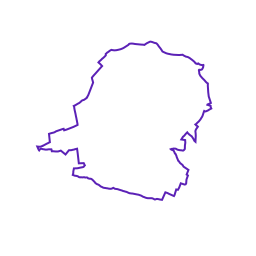 Bala, Mures, Romania, rotated 161°
{"feature_id": "2599482B91392200314652", "entity_name": "Bala", "entity_type": "district", "adm_level": 2, "iso_a3": "ROU", "parent_name": "Romania", "parent_adm1": "Mures", "projection": "albers", "projection_center": [24.501, 46.719], "detail": "fine", "context": "isolated", "style": "outline", "palette": "violet", "viewbox_px": 256, "rotation_deg": 161, "n_neighbors": 0, "source": "geoboundaries", "source_scale": "gbopen_adm2", "svg_char_len": 5716}
<svg xmlns="http://www.w3.org/2000/svg" viewBox="0 0 256 256"><g transform="rotate(161 128 128)"><path d="M99.6,207.1L100.5,206.5L105.4,205.3L107.1,205.0L109.3,204.9L111.6,205.1L113.9,205.4L115.7,205.9L117.3,206.7L118.3,207.3L120.4,206.9L121.3,206.5L122.5,206.2L123.1,206.1L124.5,205.4L124.9,205.3L125.2,204.5L125.3,204.0L125.9,203.6L126.3,203.4L127.3,202.9L128.5,202.4L128.9,202.2L129.7,202.0L130.1,201.8L130.4,201.6L131.7,201.0L133.5,200.3L134.6,199.6L133.4,197.5L132.3,195.0L136.8,192.5L141.4,189.9L142.9,189.1L144.8,188.0L145.8,187.3L146.0,185.6L146.0,185.0L146.1,183.7L146.1,183.2L146.2,182.6L146.2,182.3L154.9,172.0L155.8,171.2L156.2,170.9L156.5,170.6L156.8,170.4L156.7,170.3L156.7,170.2L156.8,170.1L157.0,170.0L158.4,169.5L160.3,169.0L160.8,168.9L161.4,169.0L161.8,169.0L162.0,169.0L162.7,168.9L163.0,168.8L163.6,168.5L164.4,168.1L165.2,167.8L165.8,167.6L166.1,167.5L167.6,167.3L169.9,166.8L170.5,166.7L172.1,166.5L172.0,165.8L172.0,165.5L172.4,163.9L172.4,163.5L172.6,162.4L173.0,158.7L173.2,157.3L173.4,156.0L173.6,154.1L173.8,152.9L174.0,151.2L174.2,150.0L174.4,148.4L174.7,147.3L179.2,146.8L186.6,146.5L189.1,146.6L189.1,148.2L189.7,148.3L193.9,148.3L197.0,148.3L198.8,147.9L200.0,147.9L201.9,148.1L204.6,148.2L206.5,140.0L207.7,139.9L208.0,139.9L208.6,139.7L209.0,139.7L210.0,139.6L213.0,139.1L214.1,138.9L214.1,139.0L214.5,139.0L215.1,138.9L216.1,138.8L216.4,138.8L217.4,139.0L218.3,139.3L219.8,140.0L219.7,138.6L219.6,137.1L219.4,135.9L219.3,135.7L218.4,136.4L217.6,136.7L217.4,136.7L217.0,136.7L216.6,136.5L216.0,136.1L215.4,135.7L214.8,135.4L214.0,135.0L213.3,134.5L212.7,134.3L211.4,133.9L210.5,133.8L209.7,133.6L209.1,133.4L208.1,133.0L207.7,132.9L207.4,132.8L207.4,131.9L207.5,131.5L207.6,130.8L205.9,130.2L204.6,129.6L202.5,128.8L201.9,128.6L199.9,128.5L199.6,128.5L198.9,128.5L195.7,123.3L191.1,126.2L188.8,125.5L187.5,125.4L186.2,125.2L185.1,125.2L182.9,125.0L183.8,120.5L186.0,110.6L181.3,109.2L181.0,106.7L181.6,106.5L182.1,106.0L182.8,105.7L183.6,105.7L184.2,105.8L186.3,106.1L188.3,106.3L189.3,106.5L192.3,107.4L192.4,107.2L193.3,105.7L194.0,104.4L194.4,103.2L195.5,101.6L193.8,100.2L193.4,100.0L193.0,99.8L192.5,99.6L191.2,98.7L190.3,97.5L189.9,97.2L188.9,96.8L188.6,96.8L188.0,96.5L187.3,96.2L187.1,96.1L186.0,95.9L185.2,95.6L184.8,95.2L184.4,95.0L183.9,94.9L183.2,94.7L182.8,94.5L182.5,94.3L182.2,93.5L182.0,93.3L180.7,92.5L179.8,92.2L179.1,91.6L178.4,90.5L177.0,87.5L176.9,86.9L176.6,86.4L176.4,86.0L176.0,85.6L175.6,85.0L175.2,84.7L174.6,84.2L174.2,83.8L173.9,83.4L172.8,81.6L172.5,81.3L171.8,80.7L171.3,80.1L170.6,79.5L170.3,79.3L168.7,78.5L168.2,78.2L167.0,77.6L165.9,76.9L164.6,76.3L163.9,76.1L163.4,76.0L163.1,76.0L162.7,76.0L162.2,76.1L161.7,76.2L161.3,76.2L161.2,76.1L160.5,75.1L160.3,74.9L159.8,74.6L158.6,74.0L158.2,73.8L157.8,73.6L156.5,72.6L155.0,71.5L154.1,70.9L153.8,70.6L153.0,69.9L152.4,69.6L150.9,68.5L150.4,68.2L150.2,68.1L149.7,67.6L149.2,67.1L147.9,65.9L146.9,65.4L145.7,64.8L145.1,64.6L144.3,64.1L143.6,63.7L141.4,62.4L139.6,61.4L138.9,60.8L138.2,60.3L137.3,59.5L136.6,58.6L135.8,57.8L135.3,57.5L134.1,56.4L133.2,55.8L132.0,55.1L130.2,54.5L128.9,54.1L127.9,53.6L127.0,52.8L126.1,51.8L125.9,51.7L125.6,51.6L125.3,51.6L124.1,51.6L123.4,51.4L122.9,51.1L122.0,50.6L121.7,50.4L121.3,50.1L119.6,49.2L119.2,49.0L113.6,55.0L111.9,53.7L111.3,53.1L110.8,52.5L106.7,48.7L105.7,49.6L104.3,51.6L103.4,52.8L102.4,54.2L100.9,53.3L99.0,55.0L96.1,58.5L92.9,56.1L91.9,56.0L91.1,56.6L90.5,57.9L89.9,59.3L89.5,60.2L89.1,60.7L86.8,63.6L87.7,64.9L84.5,68.7L88.0,73.3L88.1,73.5L88.4,75.1L89.1,76.3L89.4,76.7L90.1,77.9L90.4,78.6L90.5,79.4L90.7,79.9L90.9,80.4L91.2,80.7L91.2,81.9L91.4,84.7L91.3,86.0L91.4,87.1L91.5,88.1L91.7,88.3L91.9,88.5L92.0,89.0L91.9,89.4L92.0,90.0L92.1,90.8L92.2,91.6L92.5,92.1L92.8,92.4L93.8,93.2L94.2,93.6L94.4,94.0L93.2,94.0L92.5,93.8L91.8,93.6L91.5,93.7L91.2,93.6L90.4,93.2L89.8,93.0L89.3,92.6L88.9,92.1L88.7,91.8L88.0,91.2L87.0,90.6L86.3,90.2L85.5,89.8L84.7,89.5L84.0,89.0L83.4,88.8L83.2,88.7L82.8,88.8L82.4,88.9L81.7,89.3L81.1,89.7L79.8,93.1L78.6,95.4L77.9,98.0L81.3,99.8L78.9,101.8L77.3,102.4L75.4,103.6L73.4,104.6L73.2,103.9L72.3,102.1L71.0,100.1L70.5,99.5L70.3,98.7L69.7,96.5L69.6,95.6L69.4,94.2L68.7,93.0L66.5,98.5L65.9,100.5L65.3,103.1L64.5,104.2L63.6,105.0L61.5,106.5L61.8,107.1L62.1,107.6L62.4,108.1L62.6,108.2L62.8,108.7L63.1,109.4L62.2,109.6L61.3,110.1L60.5,110.5L59.0,111.1L58.2,111.6L56.6,112.6L55.7,113.4L54.4,114.4L53.5,115.3L51.6,117.8L51.1,118.5L50.8,118.9L50.4,119.3L50.1,118.9L49.6,118.5L49.1,118.4L47.0,118.5L44.9,119.0L42.9,119.3L43.0,120.8L42.9,121.3L42.7,122.1L45.4,124.1L45.1,124.4L44.5,124.4L43.7,124.4L41.5,124.7L41.4,131.5L40.5,135.7L39.5,139.3L38.8,141.9L38.0,144.1L38.4,144.5L39.3,146.1L40.2,148.4L41.5,151.0L42.6,153.8L42.9,156.1L42.5,157.6L42.2,159.4L42.1,159.7L41.8,159.9L41.4,159.8L40.7,159.4L40.3,159.3L39.8,159.3L39.4,159.3L39.1,159.3L38.7,159.5L37.3,160.8L37.0,161.3L36.8,161.8L36.4,162.4L36.2,162.9L36.2,163.1L36.4,163.2L37.0,163.1L37.3,163.2L37.6,163.4L38.4,163.9L39.3,164.5L39.6,164.8L40.1,165.4L40.4,166.1L40.5,166.2L40.8,166.2L41.0,166.1L41.3,166.0L41.6,166.0L41.8,166.0L42.1,166.5L42.4,166.7L42.7,166.8L42.9,166.9L43.0,167.1L43.2,167.4L43.2,167.8L43.8,169.2L44.5,170.4L45.5,172.0L46.3,173.1L47.0,174.2L47.8,175.0L48.3,175.6L50.1,176.7L51.9,178.6L52.5,179.5L53.1,179.6L54.5,180.0L55.5,180.2L57.3,180.9L59.0,181.6L60.8,182.3L62.6,183.2L63.4,183.6L64.0,184.0L66.2,185.3L67.5,186.2L70.0,188.6L70.5,189.1L70.9,190.9L71.4,192.7L72.3,195.2L72.8,197.1L73.4,198.5L73.8,199.0L75.3,199.9L77.1,201.4L78.2,202.1L78.8,202.4L79.6,202.4L81.1,202.2L82.2,202.1L84.7,201.5L85.3,201.2L86.9,202.0L88.2,202.5L91.5,204.0L93.5,204.9L94.3,205.3L96.1,206.3L97.2,206.7L98.7,207.1L99.6,207.1Z" fill="none" stroke="#5b21b6" stroke-width="2"/></g></svg>